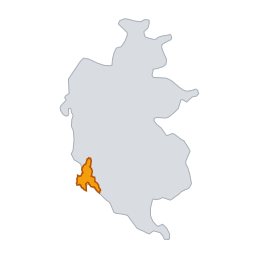 location of Jura within Switzerland, rotated 273°
{"feature_id": "CHE-160", "entity_name": "Jura", "entity_type": "Canton", "adm_level": 1, "iso_a3": "CHE", "parent_name": "Switzerland", "parent_adm1": "", "projection": "orthographic", "projection_center": [7.156, 47.327], "detail": "fine", "context": "in_parent", "style": "filled", "palette": "amber", "viewbox_px": 256, "rotation_deg": 273, "n_neighbors": 0, "source": "natural_earth", "source_scale": "10m", "svg_char_len": 3673}
<svg xmlns="http://www.w3.org/2000/svg" viewBox="0 0 256 256"><g transform="rotate(273 128 128)"><path d="M190.4,75.9L191.9,76.8L195.4,79.8L194.8,85.2L191.2,93.9L189.3,100.9L189.2,106.2L189.7,108.7L190.4,108.7L194.2,108.9L196.1,108.9L202.2,110.1L207.1,112.1L208.1,114.3L208.8,117.0L214.7,120.5L221.4,122.6L223.6,121.8L231.5,112.8L234.7,114.1L236.8,118.6L236.9,121.0L235.0,130.4L234.8,135.3L236.9,138.5L237.2,141.1L236.7,143.4L233.4,143.7L229.0,142.7L225.1,138.8L222.3,139.4L219.8,140.5L218.7,144.3L217.8,148.9L218.2,151.4L220.1,153.2L221.6,157.3L222.8,162.6L223.6,165.0L222.8,166.1L220.5,166.9L218.5,166.3L214.9,160.0L213.2,157.7L210.5,157.3L205.9,159.1L198.7,162.8L195.8,162.9L193.3,162.3L190.9,159.3L188.7,153.6L188.0,149.9L186.6,150.1L181.9,149.2L179.8,150.7L179.9,156.6L179.7,164.1L177.5,168.9L171.2,177.3L168.9,181.0L168.0,183.6L167.9,185.9L168.9,189.8L170.4,193.5L169.3,195.6L165.9,196.8L163.4,194.6L162.4,190.6L157.0,185.2L159.3,180.6L158.8,179.4L150.1,177.2L146.3,173.8L140.9,167.8L139.9,165.2L140.0,156.7L139.6,154.6L138.9,153.6L136.4,153.7L132.9,156.7L129.7,161.2L123.1,166.3L122.4,167.3L124.7,172.2L124.6,174.1L119.3,181.9L118.3,184.4L111.4,189.3L108.2,191.2L98.6,187.7L95.9,187.3L91.6,189.7L85.5,192.0L75.7,194.3L72.1,192.6L70.4,191.0L69.5,188.7L67.1,184.5L64.3,182.1L62.4,179.4L59.8,176.5L58.2,174.0L60.4,166.2L58.8,163.5L58.0,159.5L58.4,156.9L57.6,156.2L48.8,154.6L41.5,155.1L36.2,157.6L31.9,161.9L31.4,162.8L31.6,163.6L33.7,167.6L30.1,171.8L24.5,175.0L20.5,175.3L18.8,174.6L18.8,170.1L22.1,168.5L25.1,165.6L26.1,161.5L26.5,158.6L23.4,155.0L23.9,152.9L25.8,148.8L27.0,145.2L28.5,142.1L34.6,137.1L40.8,132.0L41.7,126.6L42.3,119.9L43.1,118.3L51.3,114.4L53.4,112.9L54.4,110.6L60.9,103.2L67.2,95.9L68.5,93.4L69.6,91.9L69.6,90.7L68.8,89.8L65.8,89.2L64.8,86.8L68.0,82.7L72.1,80.1L76.1,80.1L77.7,81.3L77.6,82.6L79.3,84.1L82.3,84.6L86.0,84.1L89.7,82.5L91.9,78.8L93.3,76.0L99.0,72.7L103.0,74.3L113.9,74.7L121.9,73.7L126.9,71.4L133.1,71.4L137.3,72.5L138.0,72.3L139.1,72.0L140.2,70.8L144.1,70.0L144.6,69.0L144.5,68.0L143.7,67.5L138.9,68.1L137.1,67.3L136.6,65.6L138.1,62.5L141.6,59.9L144.6,59.2L146.7,59.8L152.1,64.4L153.4,64.5L154.1,63.7L155.2,63.2L157.0,64.1L159.1,66.9L159.5,67.4L171.2,66.1L173.8,66.0L182.0,70.9L190.4,75.9Z" fill="#d9dde1" stroke="#a8b0b8" stroke-width="1"/><path d="M70.0,79.4L70.5,79.5L70.9,79.9L72.1,80.0L74.5,79.6L75.7,79.9L76.3,80.2L76.9,80.3L78.2,80.2L77.3,82.2L77.6,83.4L78.7,84.0L80.1,84.4L80.3,84.6L80.4,84.9L80.6,85.1L81.0,85.3L81.3,85.2L83.1,84.4L84.4,84.1L85.7,84.2L85.8,84.4L86.0,84.5L88.0,85.5L89.3,86.6L89.6,87.1L89.7,87.7L89.9,87.8L90.0,87.9L90.5,87.9L92.9,88.5L93.8,88.6L94.2,88.6L94.5,88.7L95.0,89.0L95.4,89.7L96.2,90.4L95.4,91.1L95.3,91.6L95.3,91.8L95.5,91.9L96.4,92.0L93.4,93.0L88.1,92.6L87.7,92.4L87.6,92.2L87.4,91.8L87.2,91.9L87.1,92.2L86.9,92.5L86.6,92.7L86.2,92.9L86.0,93.1L85.8,93.3L85.4,93.6L84.9,93.9L83.6,94.4L82.9,94.5L82.0,94.6L77.9,93.8L77.8,94.5L77.9,94.8L77.8,95.1L77.6,95.3L77.1,95.6L77.0,95.8L77.0,96.0L77.1,96.7L77.2,97.0L77.0,97.3L74.6,97.7L73.1,97.6L72.8,97.6L72.6,97.8L72.5,98.2L72.5,98.4L72.4,98.5L72.0,99.0L71.8,99.5L71.4,100.0L70.9,100.5L70.2,100.9L69.7,101.2L69.2,101.7L68.7,101.8L67.6,101.8L67.0,102.1L65.3,103.5L64.8,103.8L64.4,103.9L64.2,103.8L64.0,103.6L63.6,103.2L62.3,103.1L61.7,102.9L61.8,102.8L62.7,101.3L64.1,99.8L67.4,97.4L67.2,95.7L67.5,94.2L68.4,93.3L68.9,93.2L69.1,93.1L69.8,92.2L70.3,91.9L70.8,91.7L71.3,91.5L71.7,90.7L71.2,90.0L70.4,89.3L69.7,88.7L68.8,89.1L63.1,89.7L63.4,88.8L64.0,87.7L64.7,86.7L65.9,86.0L66.0,84.7L66.6,84.5L67.3,84.4L68.0,84.0L68.7,83.3L69.1,82.7L68.9,81.9L68.4,80.9L68.3,80.1L69.2,79.9L69.6,79.5L70.0,79.4Z" fill="#f59e0b" stroke="#b45309" stroke-width="1.5"/></g></svg>